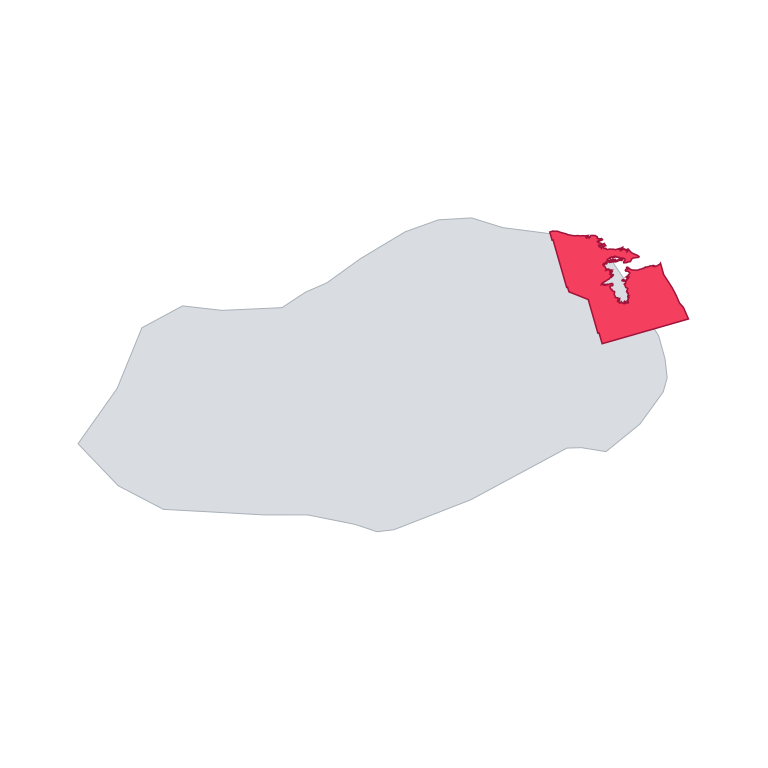 location of 98, Ar Rayyān, Qatar, rotated 254°
{"feature_id": "91078587B41884610793448", "entity_name": "98", "entity_type": "district", "adm_level": 2, "iso_a3": "QAT", "parent_name": "Qatar", "parent_adm1": "Ar Rayyān", "projection": "mercator", "projection_center": [51.33, 24.623], "detail": "fine", "context": "in_parent", "style": "filled", "palette": "rose", "viewbox_px": 768, "rotation_deg": 254, "n_neighbors": 0, "source": "geoboundaries", "source_scale": "gbopen_adm2", "svg_char_len": 6617}
<svg xmlns="http://www.w3.org/2000/svg" viewBox="0 0 768 768"><g transform="rotate(254 384 384)"><path d="M412.8,645.7L382.8,653.2L354.4,661.3L330.8,661.1L311.9,657.9L299.3,650.1L275.0,619.0L257.8,578.7L268.4,556.2L272.0,542.1L248.8,435.5L241.2,353.4L243.9,336.6L257.2,317.2L279.3,274.3L291.1,233.0L324.3,137.4L359.4,100.5L410.9,73.4L453.3,126.3L504.8,166.8L514.6,211.9L499.4,248.6L485.5,307.0L493.9,333.8L497.0,356.9L511.0,395.9L524.5,446.4L526.8,481.5L519.5,514.0L501.6,541.2L466.3,623.2L455.8,631.7L412.8,645.7Z" fill="#d9dde1" stroke="#a8b0b8" stroke-width="1"/><path d="M362.6,694.6L375.2,692.9L380.3,690.4L388.5,689.3L397.0,687.6L412.1,683.0L424.0,683.1L423.1,682.0L422.1,677.8L422.2,677.0L422.5,677.1L422.5,676.1L422.5,676.8L423.1,676.6L423.1,676.0L422.7,676.0L422.7,675.7L423.2,675.8L423.3,675.2L423.8,675.3L423.7,674.1L424.2,672.2L423.9,671.2L424.1,670.1L423.9,668.0L424.5,667.4L423.9,666.4L423.8,664.4L423.5,663.4L423.8,661.7L423.5,659.1L425.2,654.0L426.5,652.3L429.0,650.6L429.3,650.1L429.2,648.6L429.1,650.1L428.7,650.6L428.3,650.6L427.9,649.9L427.4,649.8L427.9,649.3L427.5,647.9L426.8,647.3L426.3,647.3L425.9,647.5L425.2,649.2L424.3,650.3L423.2,650.5L422.9,651.0L422.1,650.3L421.4,648.7L421.0,648.6L420.3,646.6L420.1,647.5L419.8,647.6L419.6,648.3L419.0,646.8L418.7,647.0L418.6,648.4L418.4,648.3L417.7,646.3L417.4,646.6L417.1,646.3L416.9,645.6L417.2,643.9L417.6,643.7L417.8,642.8L418.5,642.8L418.9,643.2L418.1,641.3L417.5,641.4L416.8,642.6L416.1,645.0L415.6,644.4L415.1,644.3L414.2,643.7L413.9,643.8L413.9,643.0L414.1,643.0L413.8,642.4L412.7,642.8L410.1,643.0L409.3,644.2L408.5,644.2L408.4,644.5L407.0,643.8L407.0,643.2L405.6,643.0L405.6,642.7L405.3,642.8L405.4,643.1L404.4,643.1L404.1,643.9L402.6,643.4L402.1,643.5L401.6,643.3L401.7,642.9L401.3,642.8L401.2,643.2L400.8,642.3L400.5,642.2L400.3,642.4L400.6,643.1L399.8,643.4L399.6,642.8L399.1,642.7L398.8,642.2L398.1,642.2L397.9,641.7L397.2,641.4L396.9,640.6L396.6,640.8L395.7,640.7L395.5,640.8L395.9,641.2L395.9,641.5L395.3,641.4L395.3,640.8L394.7,640.9L395.3,638.7L396.1,638.7L396.1,639.0L396.5,639.1L396.8,638.6L396.4,638.1L397.2,637.9L397.0,637.6L395.9,638.0L395.8,637.6L395.4,637.8L395.0,638.8L394.8,638.4L394.9,637.4L395.3,637.2L395.3,636.4L396.1,636.1L396.1,635.3L397.0,635.1L397.2,634.5L397.6,634.6L397.3,633.8L396.8,633.6L397.0,632.6L398.2,632.7L398.5,631.7L399.0,631.3L399.4,632.0L399.5,633.5L400.3,633.8L400.3,633.6L401.2,634.0L400.9,632.7L401.3,633.1L402.5,632.5L402.4,631.8L402.8,631.6L403.2,630.8L403.8,630.4L403.7,630.2L405.3,630.3L406.0,630.0L407.6,630.3L408.3,630.9L409.3,631.1L409.7,630.7L410.1,629.7L411.3,628.9L412.1,629.2L412.2,628.6L412.8,628.1L415.5,627.9L415.9,628.8L415.5,630.1L415.6,631.0L415.9,631.2L416.0,630.8L417.2,631.4L417.7,630.4L417.9,630.5L418.0,627.8L417.7,626.9L417.9,625.0L418.6,626.8L417.9,624.0L418.5,624.0L418.6,624.3L418.8,624.1L418.8,623.5L419.1,623.5L419.0,623.1L418.4,623.3L418.4,622.4L418.9,622.0L419.6,622.0L419.6,621.7L420.0,621.5L419.7,620.4L420.5,620.9L421.3,623.5L421.6,623.6L421.7,625.2L422.6,627.6L422.8,629.3L423.9,630.6L423.7,631.6L424.7,633.5L425.1,633.3L425.2,634.0L425.7,634.1L425.6,635.3L425.8,634.3L426.2,634.2L426.3,633.6L425.7,632.2L426.7,632.8L427.2,631.6L427.5,632.1L428.0,632.2L428.0,633.1L428.9,634.1L429.0,633.4L428.6,632.7L428.7,631.9L428.9,632.0L429.2,632.3L429.4,633.2L430.5,634.7L430.7,633.4L430.9,633.8L431.1,633.7L430.7,632.5L431.3,632.6L431.8,632.3L431.7,632.0L432.1,632.0L432.1,631.4L432.7,631.2L431.9,629.4L432.0,628.7L432.9,629.9L433.0,629.5L433.3,629.7L433.5,629.5L433.2,629.5L433.2,629.0L435.2,629.0L436.0,628.5L436.4,628.6L436.5,627.9L437.9,628.5L438.1,627.3L438.3,627.2L439.2,628.2L439.4,628.9L439.3,629.5L438.5,629.7L438.1,631.0L438.5,631.5L439.3,630.7L439.5,631.2L440.0,631.0L440.1,631.6L439.9,632.1L440.1,632.2L439.7,632.8L440.9,632.9L440.9,633.2L441.3,633.2L441.3,632.8L441.8,632.6L442.6,633.9L442.8,635.2L442.5,635.9L442.7,636.6L443.1,636.4L443.0,637.5L442.7,638.4L442.4,638.5L442.3,639.4L443.0,638.9L442.7,639.7L443.1,639.4L443.2,641.1L443.1,641.4L442.8,641.4L442.7,642.1L442.4,642.4L441.7,642.7L441.6,643.5L441.0,644.0L441.0,645.0L440.1,645.3L439.7,646.8L438.2,647.4L438.2,646.1L438.9,645.0L438.7,644.6L439.1,644.7L439.1,643.6L438.8,642.8L438.1,643.3L437.6,645.8L437.3,646.1L437.4,647.1L437.8,647.9L438.1,648.1L438.4,647.6L439.4,647.6L439.1,648.6L438.7,648.7L438.6,649.3L437.9,650.0L436.7,649.9L435.4,647.9L434.5,647.8L434.4,648.5L434.0,648.9L434.1,650.7L434.1,650.9L433.8,650.9L434.0,652.1L433.8,654.7L435.7,656.4L436.4,658.0L435.8,662.5L435.5,663.3L435.1,663.7L435.6,663.4L435.8,663.0L435.9,664.3L436.3,664.3L437.9,663.0L441.2,658.9L442.4,657.9L446.6,655.8L446.1,654.7L445.3,654.5L445.1,655.5L444.0,654.0L444.7,654.1L445.0,653.7L446.0,654.0L446.0,653.6L446.8,653.5L446.6,652.7L447.0,652.0L447.7,652.1L447.7,651.4L448.2,650.8L449.7,651.3L449.5,650.2L448.7,650.3L448.3,649.8L447.6,649.7L447.6,650.5L447.4,650.4L447.2,649.4L447.5,649.5L448.1,649.0L448.6,649.5L449.1,649.4L448.9,648.7L448.1,647.9L447.6,647.7L448.5,647.4L448.5,647.8L448.7,647.2L449.4,647.6L449.3,643.7L450.6,641.1L450.8,639.9L451.6,638.0L451.6,635.7L452.5,634.9L453.0,634.9L453.1,634.1L453.8,633.8L453.6,632.7L455.5,632.2L455.7,631.2L454.8,630.5L455.4,630.5L455.7,629.5L457.1,629.5L457.0,628.9L456.2,628.4L457.3,628.8L458.0,628.9L458.1,628.5L458.3,628.6L458.0,630.2L457.8,630.6L457.6,630.3L457.3,630.5L457.3,631.4L456.9,632.3L456.3,632.4L455.7,633.3L455.8,635.3L458.5,634.4L458.0,633.0L458.5,632.4L458.6,631.7L459.4,631.5L459.7,631.0L460.8,628.9L461.5,628.9L461.8,628.4L462.3,628.3L462.3,629.2L461.7,629.2L462.0,630.9L462.4,630.0L462.7,630.2L462.7,630.8L462.1,631.2L462.2,632.3L462.7,631.4L462.8,632.0L463.2,631.9L463.6,632.5L462.9,632.4L462.8,633.8L463.2,633.7L463.6,633.2L464.7,629.7L465.5,629.1L466.2,629.3L466.0,629.6L466.7,629.6L468.6,627.8L469.4,624.8L469.6,624.8L469.7,623.6L468.2,622.3L467.8,621.5L468.9,621.7L469.0,620.6L468.4,618.9L469.2,618.6L469.8,619.1L470.6,618.9L470.3,620.8L470.5,621.1L471.0,617.9L471.6,616.7L472.4,613.0L473.2,611.6L473.9,608.0L476.8,602.0L477.6,601.0L477.8,601.0L481.3,595.2L483.1,592.8L484.3,588.5L484.5,588.5L484.4,585.2L475.9,585.2L475.9,586.2L426.5,586.2L426.5,587.1L421.6,587.2L408.9,603.6L373.9,603.6L373.9,604.8L362.6,604.8L362.6,694.6ZM440.7,633.8L440.0,633.1L439.4,634.1L438.6,634.4L438.8,635.0L438.6,635.1L438.8,635.1L438.5,635.6L438.5,637.9L438.3,637.9L437.5,640.7L437.7,642.7L438.2,642.8L438.2,642.0L438.7,639.9L439.2,639.9L439.2,640.6L439.7,641.0L440.0,640.9L440.1,639.7L439.6,639.2L439.4,637.7L438.9,636.8L439.4,636.9L440.2,638.7L440.6,638.8L440.8,638.1L440.4,635.6L440.9,635.7L440.7,633.8Z" fill="#f43f5e" stroke="#9f1239" stroke-width="1.5"/></g></svg>